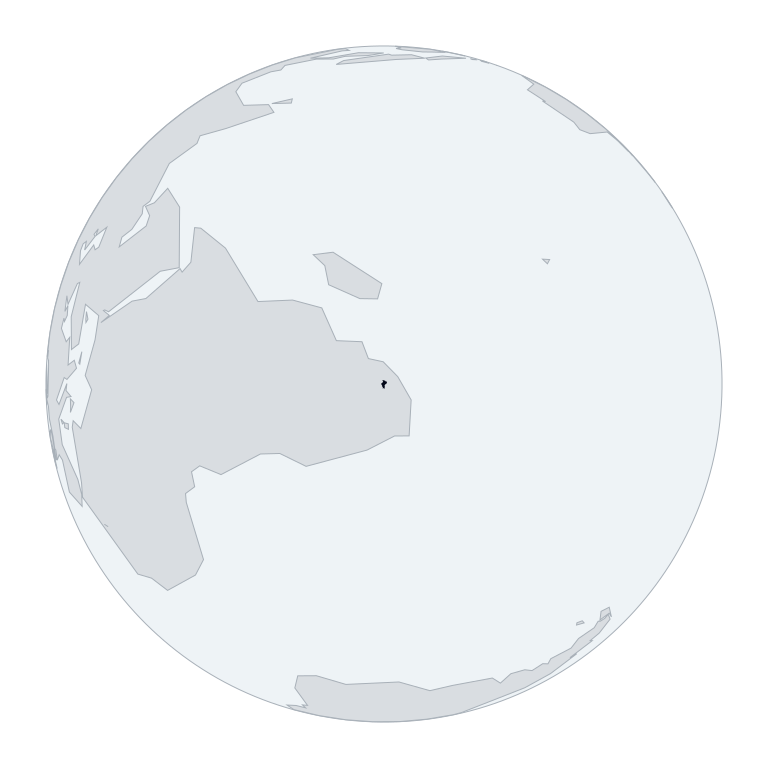 globe centered on Leribe, rotated 278°
{"feature_id": "LSO-1212", "entity_name": "Leribe", "entity_type": "District", "adm_level": 1, "iso_a3": "LSO", "parent_name": "Lesotho", "parent_adm1": "", "projection": "orthographic", "projection_center": [28.234, -29.023], "detail": "fine", "context": "on_globe", "style": "filled", "palette": "ink", "viewbox_px": 768, "rotation_deg": 278, "n_neighbors": 0, "source": "natural_earth", "source_scale": "10m", "svg_char_len": 5689}
<svg xmlns="http://www.w3.org/2000/svg" viewBox="0 0 768 768"><g transform="rotate(278 384 384)"><circle cx="384" cy="384" r="338" fill="#eef3f6" stroke="#a8b0b8"/><path d="M49.1,339.1L49.0,340.1L52.6,332.7L53.4,341.6L52.4,351.4L54.9,347.9L55.1,353.0L70.6,338.0L83.0,339.2L85.7,357.6L81.2,388.1L91.0,440.3L86.7,472.1L95.0,493.7L107.9,532.2L104.0,540.9L114.8,550.0L120.6,563.2L120.8,570.5L129.1,580.1L129.7,585.3L135.2,587.4L148.5,606.0L159.1,612.1L171.9,626.1L178.9,629.1L179.2,631.2L182.7,635.3L187.2,638.1L182.6,640.6L167.3,631.8L158.6,623.9L158.8,625.9L138.9,606.2L143.7,612.4L120.4,589.2L102.8,565.7L69.4,506.4L66.1,498.5L58.0,472.8L51.9,446.5L48.0,419.9L46.2,392.9L46.6,366.0L49.1,339.1ZM194.3,638.1L185.0,641.6L188.4,638.9L180.4,630.7L189.1,630.6L194.3,638.1ZM175.3,615.4L172.1,608.2L174.4,608.3L177.1,613.3L175.3,615.4ZM354.9,47.3L356.3,47.2L343.7,49.4L333.3,51.0L331.3,50.2L316.4,52.9L317.0,52.8L354.9,47.3ZM694.5,250.6L694.7,251.1L708.7,290.7L710.8,299.0L709.5,303.1L708.1,296.3L696.4,265.8L699.3,283.8L708.5,312.6L711.8,337.7L707.0,322.3L703.1,300.0L698.8,288.7L696.3,271.8L685.7,241.6L680.6,238.2L677.4,228.5L662.1,201.5L652.8,196.6L640.4,206.2L644.6,230.8L637.7,237.2L614.9,191.7L604.2,167.3L596.2,165.3L572.5,140.7L532.3,126.7L526.4,120.7L518.9,120.9L502.1,112.8L492.9,104.0L482.9,102.7L507.4,126.5L518.1,128.5L526.7,123.1L531.5,131.4L547.7,142.6L530.7,157.0L470.7,165.0L464.5,146.7L417.2,101.2L418.5,97.2L418.3,96.8L417.7,95.9L413.7,102.4L405.4,95.1L431.0,123.0L435.5,136.3L469.9,166.0L466.7,168.5L477.7,175.8L512.5,174.7L512.8,180.9L496.5,208.1L448.1,247.7L454.4,281.8L450.7,311.8L420.3,330.8L422.8,356.3L407.0,365.0L405.9,380.1L393.2,396.6L372.0,413.1L336.1,416.1L334.0,401.7L316.2,376.4L291.6,318.3L300.7,290.5L297.5,271.4L271.6,235.2L277.3,212.9L270.3,205.6L255.9,210.8L247.9,202.7L239.2,204.7L185.0,229.7L168.6,223.9L149.5,198.4L159.4,180.8L161.5,166.7L230.0,101.2L244.2,98.2L297.8,81.3L304.4,81.3L297.7,90.0L337.6,95.3L350.9,86.9L387.4,91.7L412.0,92.0L421.4,77.3L381.2,76.1L374.6,69.7L407.1,64.9L442.3,68.6L440.8,66.4L418.9,60.0L427.3,57.7L411.4,57.9L417.6,60.1L407.8,60.8L401.5,58.9L404.7,57.9L394.2,56.8L381.6,63.4L386.5,66.3L358.8,68.5L364.4,74.0L356.8,77.3L344.4,69.4L345.9,66.4L322.6,61.9L318.5,65.0L340.3,69.9L333.3,70.0L328.0,75.8L326.6,71.5L304.0,66.8L279.2,73.8L246.9,94.1L232.6,100.0L220.8,102.1L233.2,87.5L263.9,76.2L268.7,72.2L263.1,71.1L272.9,68.2L274.3,66.9L286.0,63.5L303.0,57.5L314.9,54.9L322.2,52.1L329.3,50.7L323.0,52.5L325.0,52.9L354.7,49.4L360.6,48.5L362.9,47.3L370.8,47.1L369.2,46.6L386.6,46.1L364.1,46.7L388.5,46.1L412.8,47.3L436.9,50.3L460.8,54.9L484.3,61.3L507.2,69.3L529.5,79.0L551.1,90.3L571.8,103.1L591.5,117.3L610.1,132.9L627.6,149.8L643.8,167.9L658.7,187.2L672.1,207.5L684.1,228.6L694.5,250.6ZM206.2,126.6L204.3,130.7L206.2,126.6ZM479.8,82.5L500.7,87.7L490.7,78.0L497.9,79.5L491.9,76.0L489.9,77.3L475.0,68.9L483.8,69.4L481.0,66.6L473.8,64.9L460.1,65.8L481.3,77.2L476.7,79.2L479.8,82.5ZM271.0,65.6L274.7,64.4L269.9,66.3L254.8,72.1L261.6,69.1L271.0,65.6ZM291.1,59.1L285.6,60.8L292.5,60.0L288.8,61.9L262.9,70.1L273.4,66.0L269.1,67.0L281.1,62.5L282.5,61.7L291.1,59.1ZM312.2,77.4L317.4,76.9L325.6,75.5L322.4,79.6L312.2,77.4ZM296.4,74.0L301.1,72.7L300.6,76.9L295.2,77.8L296.4,74.0ZM304.2,69.0L301.4,72.4L299.7,71.1L304.2,69.0ZM327.4,51.7L332.5,50.8L332.9,50.9L329.8,51.8L327.4,51.7ZM414.3,79.3L407.0,81.8L403.4,80.3L406.6,79.7L414.3,79.3ZM362.3,78.8L374.0,80.3L361.3,80.0L362.3,78.8ZM529.7,523.6L530.3,530.7L525.8,529.1L529.7,523.6ZM507.4,315.2L483.1,367.9L467.4,365.8L465.2,348.2L474.6,315.4L493.0,308.9L502.2,295.9L507.4,315.2ZM717.2,435.1L716.5,442.3L716.2,443.5L717.2,435.1ZM718.2,424.2L718.0,431.2L717.6,426.2L718.2,424.2ZM717.3,439.6L717.0,441.2L717.8,434.0L717.5,438.1L717.5,438.7L717.3,439.6ZM718.0,419.9L713.8,395.8L711.1,383.0L712.6,379.9L716.9,396.1L718.0,419.9ZM712.3,379.1L707.1,351.0L693.8,292.2L698.7,299.1L711.3,342.7L710.7,345.8L713.9,365.4L712.3,379.1ZM721.9,383.3L721.7,386.9L720.9,398.7L719.3,384.4L718.2,376.3L717.5,355.4L717.9,349.2L719.2,354.3L720.0,348.0L721.9,383.3ZM646.1,233.9L653.6,253.5L649.3,253.1L646.1,233.9ZM602.0,642.2L598.0,645.5L600.6,643.0L613.2,632.2L608.4,636.6L602.0,642.2ZM622.0,623.9L621.9,623.9L630.1,615.2L646.1,597.1L645.5,597.3L651.3,590.6L648.0,594.0L657.5,581.4L664.6,570.0L660.6,553.3L663.1,542.5L669.7,535.6L686.3,501.5L686.2,504.7L695.3,485.1L701.8,490.6L708.8,477.2L708.0,479.9L700.3,502.9L691.0,525.2L680.1,546.8L667.7,567.6L653.8,587.5L638.5,606.2L622.0,623.9ZM715.1,451.4L715.2,451.2L715.2,450.9L715.1,451.4ZM720.6,413.3L720.1,418.7L720.4,414.9L721.5,400.0L721.7,395.4L720.6,413.3Z" fill="#d9dde1" stroke="#a8b0b8" stroke-width="1"/><path d="M383.6,382.1L383.9,382.1L384.0,382.1L384.1,382.3L384.1,382.5L384.3,382.7L384.5,382.7L384.7,382.9L384.8,382.9L384.9,383.0L385.0,383.1L385.3,383.2L385.4,383.3L385.4,383.5L385.3,384.0L385.4,384.3L385.5,384.2L385.9,384.2L386.0,384.2L386.3,384.1L386.4,383.9L386.4,383.7L386.5,383.6L386.6,383.4L386.9,383.2L386.9,383.3L386.8,383.5L386.7,384.1L386.7,384.3L386.2,384.8L385.9,384.9L385.8,385.0L385.7,385.1L385.7,385.3L385.7,385.5L385.9,385.7L386.0,385.8L385.9,385.9L385.7,385.9L385.4,385.7L385.2,385.7L384.9,385.6L384.8,385.3L384.6,384.9L384.5,384.7L384.4,384.5L384.2,384.5L383.9,384.5L383.9,384.4L383.7,384.2L383.4,384.1L383.3,383.9L383.2,383.8L383.1,383.7L382.9,383.5L382.7,383.5L382.6,383.8L382.4,384.1L382.2,384.2L381.9,384.0L381.7,384.2L381.4,384.4L381.2,384.4L380.9,384.4L381.0,384.3L381.0,384.2L380.9,384.1L381.0,384.1L381.2,383.8L381.3,383.8L381.3,383.7L381.5,383.5L381.5,383.4L382.1,383.4L382.3,383.2L382.5,383.0L382.8,383.2L383.1,382.8L383.3,382.5L383.5,382.3L383.5,382.2L383.6,382.1Z" fill="#0f172a" stroke="#020617" stroke-width="1.5"/></g></svg>